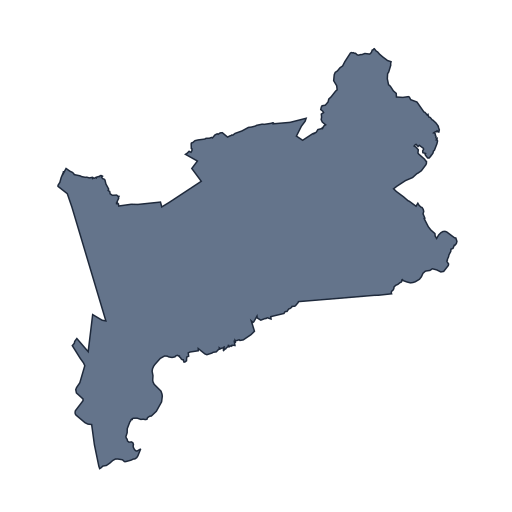 outline of Baia, Tulcea, Romania, rotated 82°
{"feature_id": "2599482B30958520247862", "entity_name": "Baia", "entity_type": "district", "adm_level": 2, "iso_a3": "ROU", "parent_name": "Romania", "parent_adm1": "Tulcea", "projection": "equal_earth", "projection_center": [28.628, 44.749], "detail": "fine", "context": "isolated", "style": "filled", "palette": "slate", "viewbox_px": 512, "rotation_deg": 82, "n_neighbors": 0, "source": "geoboundaries", "source_scale": "gbopen_adm2", "svg_char_len": 6000}
<svg xmlns="http://www.w3.org/2000/svg" viewBox="0 0 512 512"><g transform="rotate(82 256 256)"><path d="M159.5,442.4L168.0,434.2L181.9,431.5L299.4,413.7L298.2,417.3L291.3,425.9L327.4,435.5L312.8,444.9L315.3,447.4L317.2,448.1L319.2,450.4L332.9,444.3L337.8,441.7L340.8,440.8L357.0,448.1L361.3,452.0L363.3,453.1L366.6,452.9L373.5,447.2L375.2,447.4L384.1,456.4L385.5,456.9L387.1,457.0L388.5,456.4L397.3,448.5L399.1,445.8L400.0,442.2L420.4,442.3L442.2,440.9L444.8,440.4L444.2,439.0L442.7,436.8L442.6,433.3L440.7,429.5L438.6,426.4L437.5,423.5L437.8,421.1L439.2,416.6L441.3,414.9L441.5,413.8L440.8,408.3L440.0,405.7L440.1,404.2L439.1,402.2L437.5,400.8L431.4,397.3L431.2,397.5L432.5,400.7L432.5,401.4L432.0,402.3L430.7,403.3L428.4,404.1L427.0,404.1L425.7,403.6L423.9,403.9L422.8,405.1L422.7,407.7L421.3,409.0L419.5,409.1L418.3,409.8L416.8,410.0L413.1,408.2L409.0,407.5L402.7,404.0L401.7,403.0L400.8,402.6L400.7,401.3L399.9,401.3L399.6,400.1L399.9,397.3L400.1,396.1L401.8,392.8L401.9,390.3L402.6,388.4L402.5,386.7L401.0,385.9L399.9,383.7L399.9,381.9L395.9,376.3L387.3,369.8L381.8,368.3L379.7,368.3L376.6,368.9L368.9,374.7L366.4,375.5L364.7,375.6L360.2,374.7L355.7,374.9L353.3,374.2L350.9,372.7L349.4,371.3L344.1,365.1L342.3,360.5L342.8,357.9L343.8,356.4L344.8,353.3L344.6,350.3L343.8,349.5L343.4,347.7L344.1,346.8L344.1,346.2L344.4,345.8L344.9,346.0L346.6,344.7L347.5,344.4L348.4,343.5L348.6,342.5L351.0,342.1L351.1,341.2L350.1,339.4L346.5,338.7L345.8,336.6L342.5,336.6L341.9,334.7L341.8,326.4L339.6,326.1L345.8,320.3L346.9,318.4L346.0,313.1L345.4,311.9L345.4,308.7L343.2,305.9L343.2,305.1L341.8,305.1L342.9,303.9L342.5,302.8L342.6,301.2L342.0,300.9L341.8,300.3L343.7,300.8L344.5,301.5L345.1,301.2L343.8,299.7L343.8,299.0L343.1,298.4L342.0,296.7L342.0,296.0L340.7,295.9L340.7,295.5L342.2,295.2L341.2,292.8L341.8,292.6L341.1,291.5L341.7,289.3L337.3,289.4L337.3,289.0L338.7,288.9L338.6,288.4L336.6,288.4L337.0,288.1L337.1,287.1L336.6,284.3L337.4,283.7L337.3,280.3L333.2,271.9L330.3,268.0L319.6,269.7L321.3,268.2L320.9,267.4L315.7,263.4L317.5,263.4L320.2,260.2L319.1,255.5L319.4,255.0L318.7,253.4L320.5,249.9L318.1,249.8L316.8,236.3L315.4,235.2L315.1,234.4L315.2,233.0L313.0,231.0L312.8,229.8L311.8,227.9L310.9,227.4L311.1,224.8L310.8,223.9L308.0,220.8L307.1,220.3L311.4,144.3L311.9,140.2L312.3,127.0L311.3,127.2L309.9,126.7L308.9,125.1L307.6,124.1L306.0,123.7L304.5,121.8L303.8,119.4L302.4,117.1L302.0,115.7L301.3,115.1L300.1,115.0L299.7,114.4L301.0,113.4L302.7,110.2L304.1,106.8L304.1,104.3L303.7,101.9L301.8,97.4L299.6,95.1L296.4,93.1L294.7,90.6L294.5,89.4L294.5,85.8L293.2,83.1L294.9,79.0L297.5,75.2L297.4,72.3L292.2,66.9L290.7,66.4L288.1,67.7L287.4,67.6L286.7,67.0L286.0,67.0L283.7,65.5L281.6,64.7L278.6,62.5L276.4,62.0L275.9,59.9L272.9,58.1L273.1,57.6L271.6,55.9L269.5,55.0L266.0,55.6L265.5,57.0L258.8,63.7L258.0,65.1L257.8,66.1L257.8,67.6L258.7,69.7L260.6,72.2L263.8,74.7L261.2,75.8L258.7,75.7L254.5,79.3L251.0,81.3L242.3,84.3L242.0,84.1L242.4,83.7L242.1,83.5L237.5,84.7L235.2,83.7L233.1,83.9L231.1,84.8L230.6,85.8L228.5,87.5L226.3,88.4L229.0,90.6L223.1,96.6L222.4,97.8L218.0,101.6L211.6,108.1L208.6,110.4L206.6,107.0L202.1,97.4L200.1,90.0L196.8,85.2L196.6,84.3L194.6,80.4L189.2,75.0L187.9,74.3L186.0,74.0L185.5,74.7L183.6,75.6L177.7,80.7L176.5,81.3L173.4,80.5L170.4,82.5L169.1,84.1L167.9,82.7L167.7,81.9L170.1,80.3L169.1,78.9L172.5,75.4L173.5,75.1L175.1,76.3L176.9,76.4L178.1,73.8L179.1,74.4L180.1,74.0L182.8,72.4L183.1,71.0L181.5,69.0L180.7,68.7L180.6,68.2L178.8,66.5L176.7,65.6L176.1,64.6L170.0,61.2L167.3,60.2L166.4,60.5L166.1,61.3L165.3,60.4L164.7,60.3L164.9,60.8L163.7,61.4L162.6,61.1L161.3,61.6L160.2,61.4L159.2,62.1L158.8,63.0L158.6,62.7L158.9,62.1L157.8,61.2L158.1,59.8L157.2,59.3L158.0,58.3L158.5,58.3L158.7,57.7L156.6,56.9L153.1,57.6L152.9,57.4L149.3,59.3L146.0,62.0L145.6,62.7L143.2,64.1L142.3,65.6L139.7,66.0L140.3,66.8L137.4,68.6L136.7,69.7L125.9,75.2L122.7,81.1L120.0,82.0L119.4,82.9L119.4,88.5L118.1,94.8L114.5,94.5L111.6,97.0L107.3,99.0L105.8,99.9L104.9,100.9L98.8,101.3L93.8,100.3L92.3,99.0L85.8,96.0L84.2,95.9L82.4,95.2L80.7,98.6L76.4,102.9L73.3,105.6L70.8,107.2L69.9,108.4L67.2,110.0L67.3,110.5L68.1,111.1L68.2,112.2L70.5,113.4L71.9,115.3L70.6,120.0L71.3,123.1L71.1,124.3L71.4,126.6L70.8,127.9L69.1,129.2L69.0,130.2L68.2,131.3L68.3,132.1L67.8,133.3L68.2,134.3L75.8,140.9L79.9,143.8L81.2,146.5L84.1,149.7L85.2,152.0L87.4,153.3L93.2,154.7L98.6,152.4L102.7,152.5L103.8,154.2L108.8,159.4L110.7,162.1L113.5,163.2L116.3,166.4L116.4,169.7L117.2,170.1L117.4,170.5L120.0,171.5L121.8,169.8L123.4,169.1L124.6,171.6L127.6,171.7L130.0,172.5L132.6,171.7L135.8,168.8L136.5,170.5L138.9,172.3L138.3,172.6L139.0,173.3L139.4,177.1L141.8,179.1L142.8,181.3L142.4,181.2L142.8,182.9L147.9,193.7L142.9,199.3L133.8,193.0L129.4,188.6L126.6,187.2L128.4,203.6L127.5,220.6L126.6,220.3L126.4,221.1L126.7,222.3L126.8,229.4L126.3,231.6L126.7,237.4L127.2,238.3L127.7,242.7L127.6,245.6L130.2,252.5L131.7,259.7L133.1,262.2L132.8,263.2L133.3,264.1L133.4,265.1L134.3,267.6L129.2,272.2L129.1,274.3L130.2,276.6L129.6,277.4L130.4,279.8L133.0,282.7L132.4,283.6L132.9,285.7L132.5,289.2L133.1,290.4L133.0,297.2L133.3,300.4L134.8,302.7L135.1,304.2L135.9,304.6L140.5,305.1L141.0,304.5L142.6,304.7L144.3,306.0L143.0,307.7L144.6,309.8L145.5,311.7L153.8,300.8L160.4,307.4L174.4,299.8L190.8,334.4L194.3,342.5L189.3,343.1L188.5,365.9L187.4,372.4L187.4,385.0L185.2,385.0L184.8,386.8L183.9,386.7L183.5,385.8L182.8,386.0L179.8,384.0L179.0,384.1L177.9,383.4L177.6,384.4L176.3,385.5L175.9,389.8L174.1,391.8L171.7,391.9L170.6,393.3L169.2,392.6L163.8,394.6L159.8,395.0L159.0,395.4L158.0,397.1L156.4,398.0L155.6,396.9L154.9,397.8L154.7,399.0L155.6,400.2L155.4,400.5L155.7,402.9L156.4,403.2L155.9,403.7L156.5,405.1L156.1,406.1L156.4,406.6L156.0,406.6L156.2,407.1L155.3,407.2L155.5,410.1L154.4,412.6L154.3,414.2L153.1,417.6L152.1,419.1L150.1,424.7L149.1,425.0L147.7,426.1L146.1,428.5L142.9,431.9L147.1,435.0L145.1,434.8L146.5,435.2L151.2,438.0L155.8,440.0L158.4,442.2L159.5,442.4Z" fill="#64748b" stroke="#1e293b" stroke-width="1.5"/></g></svg>